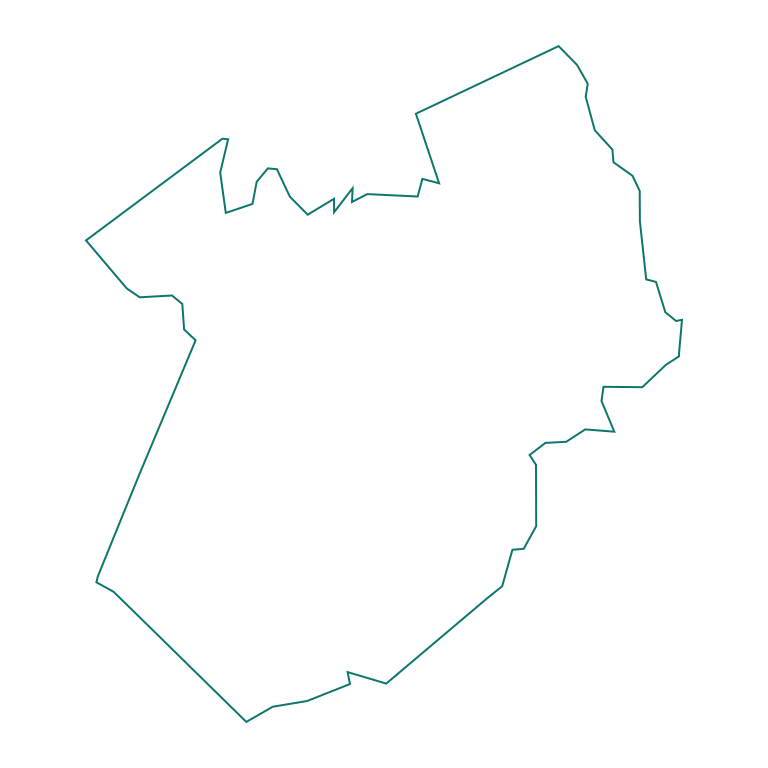 outline of Kershaw, South Carolina, United States of America
{"feature_id": "52423323B16296289860077", "entity_name": "Kershaw", "entity_type": "district", "adm_level": 2, "iso_a3": "USA", "parent_name": "United States of America", "parent_adm1": "South Carolina", "projection": "natural_earth1", "projection_center": [-80.553, 34.342], "detail": "fine", "context": "isolated", "style": "outline", "palette": "teal", "viewbox_px": 768, "rotation_deg": 0, "n_neighbors": 0, "source": "geoboundaries", "source_scale": "gbopen_adm2", "svg_char_len": 984}
<svg xmlns="http://www.w3.org/2000/svg" viewBox="0 0 768 768"><path d="M679.0,353.8L682.0,319.8L676.1,321.0L665.3,312.2L656.0,281.9L646.2,279.4L639.9,221.4L639.7,190.9L632.5,175.8L613.5,162.3L612.4,149.6L594.8,130.3L585.7,96.8L587.7,83.7L577.1,65.0L558.6,46.1L415.9,113.7L439.1,183.3L422.4,178.9L417.6,196.5L367.2,194.1L352.0,202.0L352.6,188.2L334.1,212.2L334.0,198.8L307.7,214.7L289.9,196.7L276.9,169.2L267.8,168.4L256.7,181.8L252.5,203.9L225.8,212.9L220.2,172.6L228.1,139.3L222.4,138.7L86.0,240.4L126.8,288.5L139.7,297.3L172.0,295.5L182.3,304.0L184.1,329.5L195.6,340.3L139.3,474.5L124.2,511.5L97.9,576.2L96.4,582.3L113.6,591.8L145.1,622.6L189.8,666.5L246.3,721.9L272.8,706.7L307.1,701.0L350.0,684.0L347.6,672.1L386.2,683.6L487.0,598.4L502.2,586.2L512.4,549.8L523.7,548.8L536.2,526.2L536.0,464.8L529.6,455.0L545.4,442.9L566.2,441.8L585.2,429.4L614.3,431.7L601.5,401.0L603.5,386.8L642.3,387.2L665.9,364.8L678.9,356.4L679.0,353.8Z" fill="none" stroke="#0f766e" stroke-width="2"/></svg>